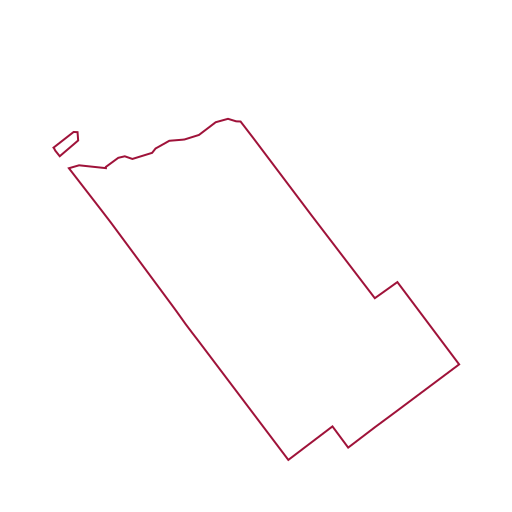 outline of Pasco, Florida, United States of America, rotated 53°
{"feature_id": "52423323B1474651347139", "entity_name": "Pasco", "entity_type": "district", "adm_level": 2, "iso_a3": "USA", "parent_name": "United States of America", "parent_adm1": "Florida", "projection": "natural_earth1", "projection_center": [-82.587, 28.325], "detail": "fine", "context": "isolated", "style": "outline", "palette": "rose", "viewbox_px": 512, "rotation_deg": 53, "n_neighbors": 0, "source": "geoboundaries", "source_scale": "gbopen_adm2", "svg_char_len": 692}
<svg xmlns="http://www.w3.org/2000/svg" viewBox="0 0 512 512"><g transform="rotate(53 256 256)"><path d="M153.7,351.9L246.0,352.7L252.7,352.8L267.8,353.2L279.3,353.2L287.9,353.1L358.0,353.0L438.3,352.9L438.1,297.5L464.5,297.7L464.3,263.7L464.5,242.9L464.8,159.0L361.9,158.8L361.2,186.5L257.1,187.2L159.5,187.2L139.3,187.4L136.5,190.8L129.6,195.8L124.9,207.7L125.0,228.7L119.9,243.0L118.7,245.0L111.8,255.9L109.7,271.5L111.1,276.9L104.1,296.3L97.4,300.8L94.7,306.9L94.5,322.3L95.5,323.0L77.1,342.7L73.3,352.6L128.7,351.9L142.7,351.8L153.7,351.9ZM58.2,352.7L56.7,328.5L49.7,324.0L47.2,327.0L47.6,352.5L48.7,352.5L51.0,352.9L58.2,352.7Z" fill="none" stroke="#9f1239" stroke-width="2"/></g></svg>